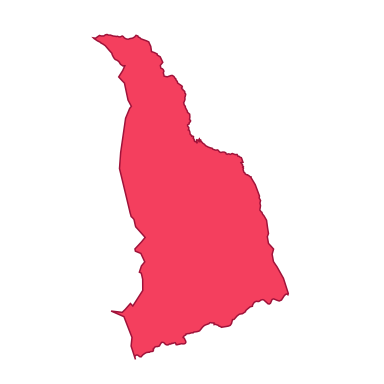 the district of San Pablo Macuiltianguis, Oaxaca, Mexico, rotated 266°
{"feature_id": "50627088B33728265994200", "entity_name": "San Pablo Macuiltianguis", "entity_type": "district", "adm_level": 2, "iso_a3": "MEX", "parent_name": "Mexico", "parent_adm1": "Oaxaca", "projection": "robinson", "projection_center": [-96.525, 17.517], "detail": "fine", "context": "isolated", "style": "filled", "palette": "rose", "viewbox_px": 384, "rotation_deg": 266, "n_neighbors": 0, "source": "geoboundaries", "source_scale": "gbopen_adm2", "svg_char_len": 5426}
<svg xmlns="http://www.w3.org/2000/svg" viewBox="0 0 384 384"><g transform="rotate(266 192 192)"><path d="M82.8,280.5L84.0,281.0L99.5,277.2L111.4,271.6L114.1,270.0L116.9,268.4L124.3,267.6L129.4,269.4L135.4,264.7L142.2,264.0L145.2,265.4L150.8,264.9L158.6,264.4L163.1,262.2L165.1,260.8L166.9,260.3L167.3,259.7L169.3,258.4L173.5,259.4L176.2,259.0L178.7,259.8L181.4,258.6L183.0,259.0L183.4,259.0L194.9,255.6L202.2,251.9L202.9,252.0L203.1,251.2L204.0,250.2L204.7,249.5L205.0,248.6L205.3,248.5L205.5,247.5L206.4,246.3L207.4,246.0L208.0,245.2L209.0,244.9L211.1,244.5L212.2,245.0L213.1,244.3L213.6,245.0L214.8,244.3L215.3,244.1L215.7,244.3L217.9,242.8L218.1,243.1L218.1,244.9L221.7,244.0L222.8,243.6L223.5,242.2L224.4,241.3L224.4,240.4L226.3,239.6L226.3,237.7L227.6,234.8L226.8,232.8L227.4,231.7L227.5,230.5L227.1,229.7L227.7,228.7L228.8,228.4L229.6,226.8L229.7,225.3L229.4,223.5L230.1,222.2L231.9,220.9L232.2,220.5L232.1,218.4L233.3,215.7L234.2,215.2L234.8,213.3L235.8,211.1L236.6,209.9L237.3,208.7L238.6,207.9L240.0,206.1L241.7,204.9L241.7,204.3L242.4,204.3L243.1,204.4L243.5,203.8L243.3,203.5L243.5,203.1L244.4,203.0L244.1,202.7L243.0,202.4L242.1,202.8L241.8,202.6L243.2,201.8L243.8,200.4L243.4,200.1L240.8,200.6L240.7,200.3L242.0,199.2L242.3,198.1L243.5,197.8L244.3,197.8L245.5,197.0L247.0,197.4L247.8,196.6L247.6,195.6L249.0,195.0L249.8,194.2L252.2,194.0L253.9,193.5L254.2,192.7L254.9,193.1L256.6,193.3L257.2,192.8L258.1,192.2L259.4,192.3L260.1,193.9L261.4,194.1L262.0,195.0L262.8,195.5L263.6,195.5L264.2,194.7L264.7,194.6L266.9,195.1L269.8,195.1L271.9,193.0L272.9,193.0L276.7,191.3L277.9,191.3L278.7,190.8L279.6,190.2L280.7,190.1L281.7,189.9L282.6,190.5L284.6,191.4L285.9,191.5L286.8,191.4L287.5,191.8L289.7,192.5L290.4,192.4L291.1,191.8L292.9,191.7L294.5,190.1L295.1,190.0L295.6,189.2L296.6,188.8L297.5,189.7L298.4,189.4L301.7,185.3L303.3,185.0L305.1,183.8L306.1,183.7L306.8,182.9L308.4,182.1L309.6,180.6L309.7,179.4L308.6,175.3L309.5,172.3L312.9,171.7L314.5,172.4L316.0,171.9L317.0,171.0L317.8,169.5L320.5,169.2L323.4,171.9L329.1,169.7L330.4,167.8L331.1,166.9L332.1,166.9L333.7,164.2L334.9,161.4L340.2,161.0L342.8,160.0L344.8,159.3L346.0,157.1L348.4,151.7L349.7,150.6L350.2,149.3L351.4,148.9L352.2,147.1L350.7,145.6L349.6,143.4L349.4,140.8L348.8,139.0L349.3,137.1L350.4,135.3L351.9,134.2L352.5,133.2L351.8,131.5L351.8,130.2L352.6,128.3L352.4,127.4L352.9,125.7L352.8,125.2L353.3,123.8L354.2,121.6L354.3,119.7L355.1,118.2L354.8,116.5L353.8,114.9L354.0,112.3L354.6,110.6L352.1,106.4L352.6,104.4L352.0,104.9L349.4,108.2L347.6,111.2L346.8,111.7L346.6,112.2L346.1,113.0L345.7,113.6L344.0,115.7L340.6,118.2L339.1,119.3L335.9,121.8L334.7,121.9L332.3,122.9L330.6,123.8L329.5,124.7L328.8,126.2L327.5,127.8L326.6,128.5L326.1,128.7L324.5,129.6L324.4,129.6L322.5,132.0L322.7,132.8L322.6,133.8L317.9,131.3L311.9,126.9L308.6,129.5L305.4,132.2L288.2,134.6L281.7,137.5L279.8,135.7L270.2,130.9L236.4,123.6L220.4,121.3L210.5,123.0L178.2,128.4L175.6,128.8L173.8,129.2L171.7,129.6L170.7,130.7L168.7,132.2L162.8,133.1L161.2,133.4L150.0,142.1L145.7,138.1L139.2,131.1L136.9,131.4L134.3,136.7L125.6,140.0L121.8,136.4L115.7,133.9L114.6,135.7L111.9,136.2L108.4,136.7L97.2,136.0L82.4,125.0L85.1,122.8L79.6,117.3L76.8,114.0L78.9,103.0L72.4,115.4L51.1,122.0L42.6,120.5L28.9,123.9L30.6,123.6L32.0,123.5L32.6,124.0L33.1,124.8L33.3,125.5L33.2,125.9L33.1,126.4L32.8,126.8L32.4,127.3L32.2,127.5L31.6,128.0L31.4,128.3L31.1,129.6L31.2,129.9L31.9,130.5L32.5,131.1L33.1,131.8L33.8,132.9L34.2,133.6L34.7,134.6L35.1,135.7L35.1,136.7L35.2,137.6L35.1,138.3L35.3,138.7L35.7,139.4L35.7,140.5L35.7,141.3L35.8,141.9L36.2,142.1L37.1,142.6L37.4,142.6L37.6,142.4L37.8,142.3L38.2,142.4L38.4,142.7L38.8,143.2L39.3,143.6L39.8,144.0L40.3,145.2L40.2,146.8L40.6,148.6L41.0,149.0L42.0,149.5L43.3,150.5L43.7,150.9L44.1,151.3L44.2,151.6L44.1,151.9L44.0,152.5L43.8,153.1L43.5,153.5L43.1,154.0L42.3,154.5L41.8,155.0L41.5,155.6L41.2,156.3L41.2,157.0L41.3,157.9L41.5,158.3L41.9,158.7L42.0,159.4L41.8,159.9L41.9,160.3L42.2,161.0L42.5,161.3L42.5,161.7L42.3,161.9L42.5,163.0L42.6,163.4L42.7,163.9L42.9,164.4L42.9,164.6L42.8,164.8L42.5,165.0L41.8,165.3L41.6,165.4L41.3,165.4L41.0,165.4L40.8,165.5L40.7,165.8L40.7,166.0L40.7,166.8L40.9,167.9L41.0,168.8L41.2,169.2L41.2,169.6L41.2,170.0L41.3,170.4L41.4,170.8L41.3,171.7L41.2,171.9L41.1,172.3L41.1,172.9L41.1,173.4L41.2,174.0L41.3,174.3L41.5,174.6L41.7,174.9L42.2,175.2L42.6,175.4L43.6,175.3L44.7,174.9L45.5,174.4L46.3,174.3L46.8,174.0L47.0,173.7L47.4,173.0L47.7,173.1L48.0,173.2L48.4,173.5L48.8,173.9L49.1,174.3L49.5,175.1L50.1,176.0L50.6,176.0L50.8,176.7L51.0,177.8L51.0,179.5L51.1,179.9L51.3,180.5L51.5,181.6L51.6,182.1L51.4,183.2L51.9,183.7L52.1,184.2L52.2,184.7L52.3,186.9L52.5,188.1L52.8,189.3L53.1,190.0L53.7,190.5L54.7,191.5L56.4,193.0L57.9,194.9L58.5,196.3L59.4,199.6L60.2,200.5L60.4,200.9L60.4,201.3L60.3,201.7L60.1,202.2L60.1,202.5L60.1,202.9L59.8,203.9L59.8,204.8L58.2,204.8L58.4,206.0L57.2,208.8L56.2,209.7L55.8,211.1L55.0,211.8L55.5,217.4L55.7,219.0L56.3,220.8L58.0,222.2L59.5,222.7L61.9,223.5L61.9,224.7L62.2,225.3L65.2,228.3L66.8,230.7L67.0,232.7L67.1,233.9L68.9,237.0L69.9,237.3L71.2,238.9L73.4,242.0L73.8,244.3L75.2,244.6L77.4,246.2L77.9,247.0L78.5,248.5L78.1,250.3L78.2,251.3L79.5,253.5L79.7,255.2L79.3,256.1L77.3,258.0L75.1,260.1L74.9,261.4L75.6,262.5L77.5,263.5L79.2,264.4L79.7,266.0L78.0,269.4L77.2,271.4L78.0,273.7L82.1,276.8L83.4,278.4L83.6,279.6L82.8,280.5Z" fill="#f43f5e" stroke="#9f1239" stroke-width="1.5"/></g></svg>